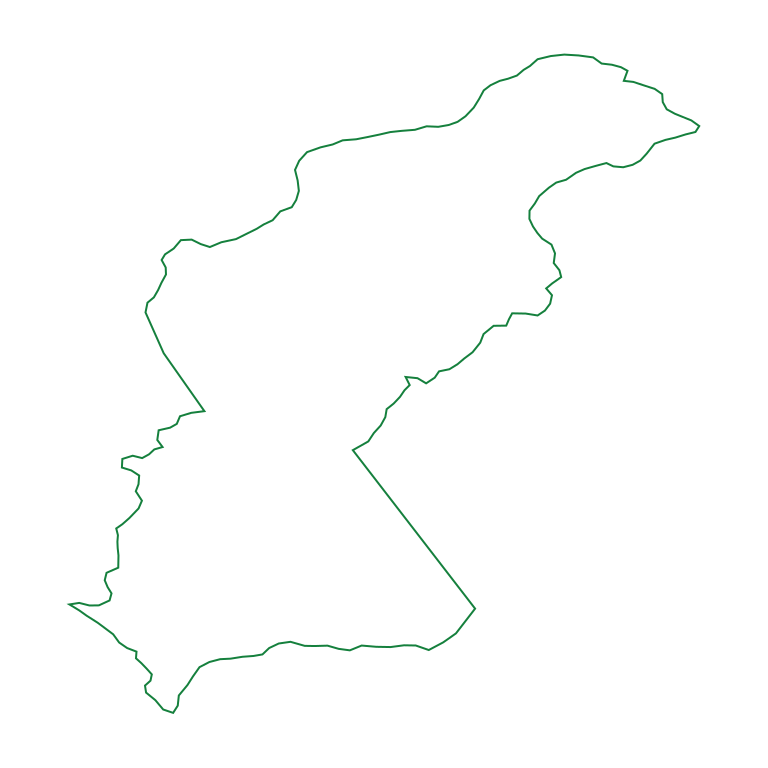 Rio Fortuna, Santa Catarina, Brazil, rotated 91°
{"feature_id": "56859067B10266050970053", "entity_name": "Rio Fortuna", "entity_type": "district", "adm_level": 2, "iso_a3": "BRA", "parent_name": "Brazil", "parent_adm1": "Santa Catarina", "projection": "equal_earth", "projection_center": [-49.197, -28.079], "detail": "fine", "context": "isolated", "style": "outline", "palette": "green", "viewbox_px": 768, "rotation_deg": 91, "n_neighbors": 0, "source": "geoboundaries", "source_scale": "gbopen_adm2", "svg_char_len": 2739}
<svg xmlns="http://www.w3.org/2000/svg" viewBox="0 0 768 768"><g transform="rotate(91 384 384)"><path d="M716.5,589.1L709.2,584.6L699.0,583.7L688.5,575.3L679.7,569.9L670.3,563.5L665.0,553.7L662.0,543.0L661.3,532.6L659.2,520.7L658.2,509.7L656.5,500.8L650.0,494.2L645.3,484.7L643.4,473.0L647.2,458.7L647.2,448.8L646.6,435.9L649.6,424.7L650.9,413.5L645.9,401.8L646.9,387.1L646.9,372.8L644.9,359.4L644.9,347.7L649.2,334.6L641.3,320.3L632.1,307.7L607.0,289.0L450.7,414.0L441.7,398.7L433.2,393.3L425.6,386.6L417.1,382.1L409.1,380.9L403.4,374.0L396.6,367.8L389.9,363.4L384.6,358.3L376.6,362.5L377.6,350.6L382.6,341.9L376.8,333.4L370.4,329.2L368.1,318.9L362.9,310.8L357.1,304.2L350.7,296.0L341.0,288.5L332.3,285.3L323.9,275.4L323.5,262.8L317.1,260.2L311.1,257.1L311.1,243.6L312.8,231.6L307.8,224.4L300.8,219.3L292.3,217.6L285.6,223.5L280.5,217.6L274.0,208.7L267.2,210.6L260.1,216.4L250.4,215.3L241.7,219.0L235.9,228.4L230.3,233.3L223.9,237.8L216.4,241.5L208.1,241.5L201.0,236.4L193.4,232.1L184.9,222.6L179.6,215.3L176.6,205.5L169.5,195.7L165.6,187.2L162.2,176.0L159.2,165.5L162.4,158.5L163.1,148.6L160.5,139.2L156.1,131.6L149.1,125.4L139.0,117.7L135.0,106.8L132.6,97.1L129.2,86.8L126.6,77.0L120.6,73.3L115.1,81.3L111.8,89.9L108.7,97.9L104.4,106.1L97.3,110.2L89.3,110.9L84.2,118.5L80.8,129.7L77.6,140.0L76.7,149.5L66.6,146.0L63.1,152.6L60.8,161.7L59.8,172.0L53.8,180.6L52.1,195.2L51.5,209.5L53.2,223.0L56.6,236.1L63.5,243.6L67.5,249.9L73.3,256.5L76.6,265.3L78.9,273.6L83.4,282.7L88.7,289.4L97.4,293.9L106.1,299.1L114.9,307.2L120.6,315.0L123.9,323.8L125.9,334.2L125.6,345.9L129.3,357.5L130.6,370.9L132.0,382.1L134.8,393.4L137.4,404.9L139.8,416.1L141.1,429.6L145.4,439.5L148.5,451.6L153.5,465.0L162.3,472.7L171.5,476.7L182.0,473.9L192.4,472.5L201.5,475.0L208.8,479.3L213.2,490.7L222.2,498.2L226.6,507.1L231.0,513.9L236.8,525.1L241.7,534.5L245.1,549.1L250.1,560.5L247.3,569.7L243.0,578.8L243.7,589.6L252.2,596.6L258.2,605.2L263.9,608.5L271.3,604.3L278.3,603.9L286.7,608.3L294.0,611.5L301.4,615.6L306.8,621.9L316.6,623.7L357.1,604.8L414.3,563.1L416.2,576.2L419.8,587.4L427.5,590.5L431.4,597.1L434.2,608.5L443.9,609.7L450.9,604.3L453.4,612.5L458.4,617.7L462.3,624.5L460.1,634.0L463.5,644.3L472.1,644.6L474.8,635.2L479.8,627.2L488.5,627.7L495.6,630.3L504.9,624.0L512.7,627.2L522.4,636.2L528.8,643.2L533.1,649.2L539.8,647.4L546.3,647.8L552.8,647.4L560.0,646.5L572.3,646.5L577.6,658.1L585.1,659.8L591.9,656.8L598.1,652.8L605.2,654.6L610.3,665.2L610.6,674.6L608.2,684.9L609.9,694.7L615.6,684.9L620.9,677.2L627.7,666.1L634.1,657.2L639.0,650.4L647.1,644.3L652.5,636.2L655.9,626.8L662.6,627.2L667.3,621.8L672.6,616.5L678.4,611.1L684.7,612.3L689.7,617.7L696.7,616.5L704.1,607.1L713.3,599.1L716.5,589.1Z" fill="none" stroke="#15803d" stroke-width="2"/></g></svg>